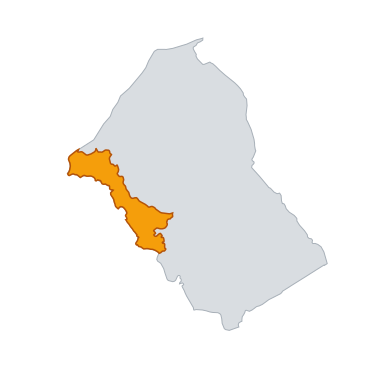 where Volta sits in Ghana, rotated 148°
{"feature_id": "GHA-2173", "entity_name": "Volta", "entity_type": "Region", "adm_level": 1, "iso_a3": "GHA", "parent_name": "Ghana", "parent_adm1": "", "projection": "albers", "projection_center": [0.32, 7.267], "detail": "fine", "context": "in_parent", "style": "filled", "palette": "amber", "viewbox_px": 384, "rotation_deg": 148, "n_neighbors": 0, "source": "natural_earth", "source_scale": "10m", "svg_char_len": 8125}
<svg xmlns="http://www.w3.org/2000/svg" viewBox="0 0 384 384"><g transform="rotate(148 192 192)"><path d="M233.7,54.9L236.4,57.5L237.0,59.0L236.0,64.7L234.0,68.6L232.7,72.3L232.9,74.2L234.1,76.0L238.3,78.9L240.4,80.8L242.9,83.7L245.8,86.5L250.8,90.1L252.9,90.8L252.8,91.8L252.1,93.2L251.7,106.7L251.3,110.2L250.9,112.0L250.5,117.1L249.9,117.8L249.0,117.7L248.1,117.9L247.9,118.9L248.3,120.0L251.3,120.7L250.6,121.5L248.4,122.1L247.4,123.7L247.8,125.4L246.6,126.8L246.9,127.8L247.7,128.4L249.0,128.2L252.5,125.9L254.0,125.6L255.8,126.1L259.1,129.6L259.3,131.4L257.9,137.4L256.6,142.0L256.3,148.1L257.8,151.6L257.6,153.5L256.0,155.1L252.6,157.5L252.8,159.1L254.4,162.1L257.3,165.5L263.1,169.7L266.1,175.1L266.2,177.3L264.4,179.5L262.3,181.4L261.7,184.2L262.6,202.4L258.1,210.3L258.0,212.5L258.5,215.2L259.7,216.7L262.0,217.2L263.9,218.7L263.2,224.2L262.2,229.9L262.1,232.6L261.5,233.9L259.7,235.0L259.1,236.8L259.5,239.0L259.2,240.6L260.2,242.7L262.2,245.3L265.6,251.9L266.8,252.4L267.4,253.7L267.1,255.1L268.3,258.0L272.0,260.8L275.9,263.4L279.1,263.7L279.8,266.0L281.9,268.8L283.4,270.1L285.8,270.9L287.8,271.3L287.9,273.8L284.3,275.4L281.9,277.9L280.1,281.7L277.6,285.9L268.9,288.1L265.6,288.1L247.7,288.3L230.9,296.5L221.3,299.4L215.4,304.0L207.4,307.3L201.8,311.3L190.2,313.2L171.2,319.4L165.3,321.9L159.2,326.2L149.4,331.3L145.6,331.2L138.0,326.4L132.2,324.0L118.2,320.2L107.7,318.7L102.6,317.1L101.2,316.8L102.4,315.1L105.3,315.0L108.4,315.5L110.8,314.2L114.2,314.1L115.1,312.7L115.4,309.3L115.4,306.5L116.6,305.2L116.9,301.9L115.3,294.6L114.1,293.8L108.0,292.7L107.5,291.3L106.4,289.7L105.3,286.0L104.0,280.3L101.9,273.4L97.9,261.9L96.9,257.9L96.2,253.7L96.1,248.8L97.0,247.0L96.9,244.4L96.5,241.9L99.5,236.1L105.2,229.0L106.4,226.5L107.5,224.7L107.6,222.1L108.7,213.8L111.5,203.8L113.2,200.0L114.4,198.0L115.8,194.6L116.1,193.1L121.4,189.2L123.8,188.1L124.3,186.6L123.5,184.9L123.9,183.7L125.1,183.1L127.1,182.7L128.5,181.1L126.3,168.7L124.6,156.3L124.6,155.3L123.5,153.6L122.5,148.5L120.8,145.5L118.3,144.6L118.3,141.8L120.8,137.0L121.5,134.3L120.3,133.4L120.2,131.3L121.0,127.8L120.6,125.6L120.2,123.3L117.7,117.9L117.1,114.1L118.4,111.8L118.4,106.9L117.1,99.4L116.9,94.6L117.8,92.6L117.4,90.8L115.5,88.9L115.4,87.2L117.0,85.5L116.8,84.2L114.9,83.2L113.1,80.9L111.6,77.2L111.9,71.3L115.0,60.5L115.3,59.6L118.7,59.6L118.7,60.1L129.1,60.1L141.0,60.0L155.1,60.0L168.0,59.9L168.6,59.4L170.7,58.8L183.8,60.0L191.9,59.4L195.4,59.8L197.9,60.6L203.5,60.1L206.5,60.4L208.8,63.1L209.7,63.1L211.0,61.9L213.2,60.6L215.5,59.6L217.2,57.5L218.2,55.9L219.6,56.2L221.8,56.1L223.2,54.8L223.8,52.7L233.7,54.9Z" fill="#d9dde1" stroke="#a8b0b8" stroke-width="1"/><path d="M262.5,195.2L262.5,195.4L262.5,198.0L262.9,200.5L262.8,202.8L262.9,203.6L261.7,203.4L261.1,204.3L261.0,205.7L261.0,206.9L260.7,207.4L260.2,207.7L259.5,207.9L258.9,208.2L258.5,208.6L258.2,209.1L258.0,209.6L257.9,212.1L258.1,214.3L258.8,216.2L260.2,217.4L260.9,217.5L261.8,217.4L263.4,216.8L263.7,217.2L264.4,220.0L264.3,221.0L263.7,222.6L263.3,224.6L262.3,227.2L262.2,228.9L262.3,230.9L262.3,232.8L261.5,234.3L260.9,234.6L259.1,235.0L258.5,235.1L257.8,235.3L258.3,236.0L259.6,236.9L260.1,237.8L260.0,238.6L259.1,240.1L258.8,241.0L258.9,241.4L259.3,241.7L259.9,242.1L261.1,244.4L261.4,244.8L262.1,245.0L262.9,245.4L263.5,246.0L263.9,246.7L263.9,247.4L263.6,249.6L263.8,250.5L264.4,251.0L265.0,251.5L265.4,252.2L265.8,252.2L267.0,252.2L267.4,252.2L267.9,252.8L267.9,253.2L267.6,253.6L267.3,254.2L267.3,254.4L267.3,255.3L267.5,256.4L268.0,257.4L268.7,258.5L269.6,259.4L271.8,260.5L272.9,261.2L274.3,262.9L274.8,263.3L275.7,263.5L279.0,263.5L280.2,267.0L280.8,268.0L281.2,268.2L281.5,268.4L281.8,268.5L282.2,268.9L282.7,269.8L283.2,270.3L283.8,270.6L287.4,271.0L287.9,271.7L287.8,273.3L287.5,273.4L285.5,274.4L284.0,275.6L281.8,278.0L281.3,278.7L280.3,280.9L280.1,281.7L280.0,282.6L279.6,284.7L279.2,285.5L277.8,286.8L276.1,287.4L267.8,288.3L265.6,288.2L266.5,287.5L267.4,287.3L267.5,287.1L267.7,286.9L267.6,286.6L267.5,286.4L267.3,286.2L267.1,286.1L266.8,285.8L266.2,285.5L265.2,285.1L264.6,284.8L264.1,284.4L263.7,283.8L262.1,279.6L261.7,279.2L261.3,278.9L260.7,278.6L257.4,277.8L253.8,277.7L253.5,277.7L253.1,277.8L252.6,277.9L251.9,278.3L251.1,278.9L250.8,279.3L250.6,279.5L250.3,280.1L250.4,276.1L250.3,275.8L250.2,275.5L248.7,274.6L247.7,273.8L247.2,273.5L246.4,273.4L243.5,273.5L242.7,273.2L240.7,271.7L240.4,271.2L240.3,270.5L240.5,269.7L240.8,269.1L241.0,268.6L240.9,267.8L240.6,267.0L240.4,266.5L240.6,266.3L242.5,265.5L243.3,265.1L244.0,264.6L244.1,264.4L244.5,263.9L244.6,263.7L245.8,259.9L245.9,259.5L245.8,259.1L245.7,258.5L245.5,258.2L245.3,258.0L244.7,257.7L244.4,257.4L244.2,257.0L244.1,256.8L244.1,256.6L243.9,255.6L243.8,255.1L243.6,254.9L243.3,254.7L243.1,254.6L242.9,254.5L241.6,254.6L241.4,254.6L241.2,254.4L241.3,253.9L241.4,253.1L242.1,250.5L242.3,250.0L242.4,249.8L242.6,249.7L242.8,249.3L243.0,249.2L243.5,248.6L243.7,248.4L245.4,247.4L245.6,247.3L245.7,247.1L245.8,246.8L245.8,246.3L245.6,244.4L245.4,244.0L245.2,243.6L244.9,243.3L244.5,243.1L244.1,242.9L243.5,242.6L243.3,242.5L243.1,242.4L243.0,242.2L242.8,241.8L242.6,241.4L242.7,240.9L242.8,240.4L243.2,239.2L243.4,238.7L243.6,238.4L244.4,237.7L244.6,237.5L245.2,236.9L245.5,236.4L245.6,236.2L245.7,235.7L245.8,235.1L245.7,233.8L245.5,232.8L245.4,232.6L245.4,232.2L245.5,231.7L245.8,230.9L246.1,230.1L246.2,229.9L246.3,229.2L246.1,226.8L245.9,225.5L245.9,225.2L246.0,224.7L246.7,222.4L246.9,221.1L246.9,220.5L246.7,219.2L246.5,218.9L246.3,218.6L245.8,218.2L245.4,217.9L245.1,217.8L243.9,217.5L242.3,216.7L242.2,216.5L242.0,216.2L241.8,215.7L241.7,215.3L241.6,212.7L241.0,211.2L238.2,206.3L237.1,203.4L237.1,202.9L236.9,202.4L236.7,202.1L236.2,201.8L235.8,201.7L234.9,201.5L234.4,201.4L234.0,201.2L233.6,200.9L233.2,200.6L232.2,198.9L232.1,198.6L231.9,198.2L231.8,196.6L231.6,196.2L229.8,191.8L229.3,191.0L228.8,190.4L222.8,185.5L221.9,185.1L219.5,184.5L220.4,183.5L221.2,181.7L221.5,181.4L221.8,181.2L222.3,181.3L222.6,181.3L223.0,181.3L224.5,180.8L224.8,180.8L225.0,180.9L226.0,181.4L226.3,181.4L226.6,181.5L227.0,181.5L227.7,181.3L228.1,181.1L228.3,180.8L228.5,180.5L228.8,180.4L229.1,180.3L229.2,180.1L229.3,179.8L229.8,179.1L229.8,178.8L229.8,178.6L229.8,178.3L229.9,178.0L230.1,177.7L230.7,177.1L231.2,176.8L231.5,176.6L233.4,175.9L234.3,175.9L235.4,176.1L236.3,176.4L237.0,176.7L238.5,177.7L239.1,178.3L239.5,178.8L240.4,179.7L240.9,180.1L241.4,180.1L242.2,180.1L243.9,179.9L244.6,179.7L245.0,179.5L245.1,179.2L245.0,178.8L244.9,178.6L244.7,176.9L244.7,176.6L244.8,176.3L245.0,176.2L245.3,176.1L246.6,176.1L246.9,175.9L247.1,175.8L247.1,175.5L247.1,175.3L247.1,174.8L247.0,174.5L246.5,173.8L246.4,173.7L246.2,173.6L245.8,173.4L245.5,173.4L244.2,173.5L243.2,173.8L242.2,173.9L241.5,173.9L241.1,173.7L240.9,173.7L240.7,173.5L240.6,173.4L240.6,173.2L240.6,172.7L240.6,172.4L240.6,171.9L240.4,171.5L240.4,171.2L240.5,170.9L240.6,170.7L240.9,170.6L241.2,170.5L241.7,170.3L241.9,170.2L242.0,169.9L242.0,169.7L241.8,169.5L241.7,169.4L240.9,169.0L240.7,168.8L240.6,168.7L240.5,168.2L240.6,167.7L241.1,166.4L241.4,165.7L241.9,165.0L242.1,164.8L242.4,164.7L242.6,164.8L243.0,165.0L243.5,165.1L243.8,164.9L244.0,164.7L244.0,164.2L243.9,164.0L243.8,163.9L243.3,163.4L243.0,163.1L242.9,162.9L242.9,162.7L242.8,162.4L242.9,162.1L243.1,161.7L243.9,160.6L244.3,159.9L244.6,159.2L244.8,158.8L244.8,158.6L244.7,158.4L244.6,158.2L244.4,158.0L244.4,157.8L244.5,157.5L244.7,157.3L244.8,157.2L245.9,156.8L246.3,156.7L246.5,156.6L246.8,156.7L247.0,156.8L248.0,157.3L248.5,157.5L248.8,157.5L249.0,157.4L250.4,157.2L250.7,157.1L252.3,157.4L252.6,159.0L253.9,161.7L255.6,164.1L257.3,165.3L258.1,166.1L259.1,167.1L260.2,167.9L263.1,169.3L263.8,170.9L264.4,172.5L266.0,173.9L266.1,174.3L266.1,174.8L266.2,175.5L266.2,175.9L266.2,176.1L266.4,176.3L266.9,176.3L267.1,176.5L267.2,177.6L266.9,178.2L266.2,178.7L264.3,179.5L263.6,180.0L262.2,181.3L261.8,181.5L261.5,181.5L261.2,181.7L261.2,182.2L261.4,182.7L261.7,183.0L262.0,183.4L262.1,184.0L261.8,184.5L261.5,184.8L261.3,185.1L261.5,186.2L261.7,188.2L262.1,189.9L262.1,190.7L262.1,192.3L262.5,195.2Z" fill="#f59e0b" stroke="#b45309" stroke-width="1.5"/></g></svg>